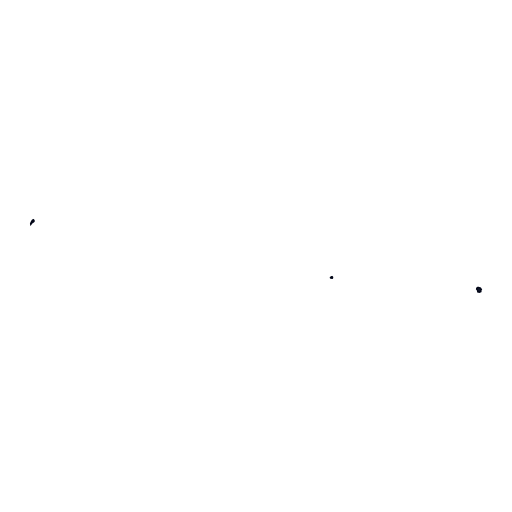 an SVG outline of Federated States of Micronesia
{"feature_id": "FSM", "entity_name": "Federated States of Micronesia", "entity_type": "country or territory", "adm_level": 0, "iso_a3": "FSM", "parent_name": "Oceania", "parent_adm1": "", "projection": "natural_earth1", "projection_center": [151.803, 7.435], "detail": "fine", "context": "isolated", "style": "filled", "palette": "ink", "viewbox_px": 512, "rotation_deg": 0, "n_neighbors": 0, "source": "natural_earth", "source_scale": "50m", "svg_char_len": 532}
<svg xmlns="http://www.w3.org/2000/svg" viewBox="0 0 512 512"><path d="M480.8,291.6L479.5,292.2L477.9,291.9L477.4,289.8L476.7,289.2L476.8,288.2L478.0,287.4L480.4,288.1L481.3,289.5L480.7,290.5L480.8,291.6ZM32.5,222.2L30.8,224.3L30.7,223.6L31.2,222.4L32.0,220.9L32.6,220.1L33.5,219.8L34.1,221.0L33.4,222.0L32.5,222.2ZM332.5,277.8L332.3,278.2L330.9,278.1L330.7,277.9L330.8,277.7L331.5,277.6L331.6,277.1L331.2,277.0L331.5,276.8L332.1,276.7L332.4,277.0L332.5,277.4L332.5,277.8Z" fill="#0f172a" stroke="#020617" stroke-width="1.5"/></svg>